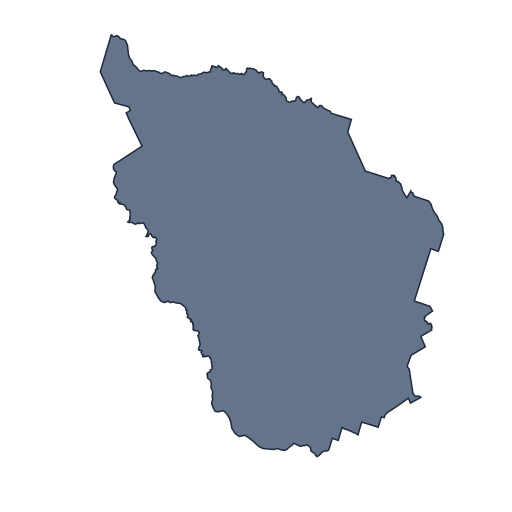 Etheridge, Queensland, Australia, rotated 12°
{"feature_id": "25037944B75577230273205", "entity_name": "Etheridge", "entity_type": "district", "adm_level": 2, "iso_a3": "AUS", "parent_name": "Australia", "parent_adm1": "Queensland", "projection": "natural_earth1", "projection_center": [143.382, -18.563], "detail": "fine", "context": "isolated", "style": "filled", "palette": "slate", "viewbox_px": 512, "rotation_deg": 12, "n_neighbors": 0, "source": "geoboundaries", "source_scale": "gbopen_adm2", "svg_char_len": 5975}
<svg xmlns="http://www.w3.org/2000/svg" viewBox="0 0 512 512"><g transform="rotate(12 256 256)"><path d="M68.4,70.1L65.4,108.2L85.8,135.7L100.6,136.5L102.9,139.6L99.3,143.1L103.8,149.3L121.7,172.2L99.2,194.8L98.1,196.0L97.9,196.8L97.9,198.3L98.5,200.5L99.8,201.9L101.8,202.8L102.1,203.3L101.2,209.1L101.2,213.5L102.6,215.6L106.7,219.6L106.9,220.6L106.3,222.1L106.5,224.3L106.1,225.7L105.5,226.6L105.4,228.4L106.2,229.2L108.3,230.0L109.4,231.0L109.7,232.1L111.2,233.1L111.3,232.3L111.9,232.3L112.0,233.3L115.8,233.2L118.4,235.0L119.4,236.8L120.2,237.5L120.8,237.6L122.1,237.2L123.1,237.8L124.5,242.0L124.4,244.3L125.1,244.9L124.7,245.7L124.7,246.4L125.2,247.4L123.7,248.7L123.5,249.4L125.0,249.7L127.1,248.9L130.9,250.0L131.5,249.9L134.3,248.1L134.9,248.7L137.5,247.4L139.7,247.5L141.8,250.2L142.1,251.1L144.6,252.8L145.4,253.8L144.9,258.3L144.3,259.6L145.4,259.8L146.4,259.3L146.9,257.3L147.7,256.4L148.4,256.3L149.2,256.8L149.7,257.9L151.8,259.4L152.4,259.2L152.7,258.5L153.6,258.7L155.2,260.0L155.5,261.0L155.1,262.9L156.1,265.0L156.0,265.6L155.5,266.9L154.9,267.0L154.7,267.7L152.6,268.5L152.4,269.2L152.6,270.6L154.0,272.1L153.0,273.6L153.0,274.5L154.0,276.0L158.7,279.4L159.6,281.6L160.8,282.6L161.1,283.3L160.8,285.3L161.3,287.2L162.3,288.5L162.3,289.0L161.3,289.1L160.9,289.9L160.6,291.0L160.9,292.3L160.7,293.4L160.0,294.1L160.1,295.4L159.8,296.0L159.3,296.2L159.0,298.8L161.3,302.2L163.7,306.5L164.6,311.9L168.8,316.8L171.4,319.2L172.9,320.1L176.4,320.5L179.6,318.4L181.5,319.4L182.6,319.1L184.2,318.1L187.5,318.5L192.0,318.2L197.8,320.9L198.6,323.2L198.9,323.5L199.6,323.3L200.2,326.5L201.8,328.3L201.5,330.3L204.0,330.9L204.7,331.9L205.4,331.4L205.8,332.5L205.7,333.6L206.0,333.8L207.3,333.4L207.4,334.3L208.4,334.8L208.2,335.4L208.7,336.2L208.7,336.9L209.4,337.4L209.5,337.9L209.3,339.0L209.7,340.0L209.6,340.8L210.5,341.1L210.8,341.8L211.4,341.4L213.5,341.5L214.0,341.2L215.7,342.0L216.5,343.7L216.4,344.4L215.7,346.0L217.2,348.2L217.8,350.1L219.1,352.4L219.8,354.7L219.2,356.9L219.2,359.4L219.8,360.0L222.8,359.9L222.4,361.8L223.9,363.6L225.1,363.9L224.7,365.3L224.9,365.6L227.4,365.0L228.6,364.3L231.1,363.9L231.7,364.3L232.1,365.5L233.2,366.0L234.1,367.6L234.4,369.2L235.7,371.8L235.6,373.1L236.4,374.0L236.7,375.4L236.1,376.4L235.1,376.7L235.2,378.9L233.5,379.8L233.0,380.4L232.6,382.1L233.2,382.5L233.8,384.9L234.4,385.8L236.9,386.7L238.5,389.1L239.1,391.6L239.2,394.1L241.6,397.2L242.2,399.6L242.2,402.6L243.5,404.8L243.1,407.8L243.4,409.8L246.2,414.1L248.1,416.2L249.0,416.5L251.7,416.2L255.8,414.1L257.9,414.9L260.2,416.5L263.9,420.3L266.1,424.3L268.1,429.4L272.1,433.6L276.6,435.9L277.4,435.9L282.2,433.8L285.0,434.6L291.1,437.4L298.3,441.7L302.3,442.8L313.0,441.7L317.5,439.8L320.6,440.4L324.6,440.1L326.2,439.0L328.3,436.0L330.6,433.5L332.0,431.3L337.1,432.6L339.3,432.9L340.6,432.2L341.3,431.5L342.3,431.5L344.5,430.4L347.1,430.8L349.4,432.3L349.7,434.4L350.5,435.4L354.4,437.0L355.3,438.1L357.3,439.6L359.2,437.9L361.6,433.9L364.2,432.2L365.8,432.0L367.5,430.6L368.6,418.5L374.8,419.3L375.8,405.8L378.4,406.8L381.1,406.9L390.4,408.8L392.9,409.8L393.9,396.5L411.1,398.1L412.1,387.3L415.0,387.6L415.2,385.3L415.8,383.6L417.3,381.6L425.2,373.6L434.6,363.4L437.7,367.8L446.6,360.0L445.5,359.5L443.6,359.2L441.0,360.2L438.1,357.7L429.4,334.9L427.1,332.9L426.9,331.3L428.3,320.9L440.5,309.6L433.9,300.4L443.2,291.9L443.1,291.0L442.7,290.6L443.0,289.8L442.9,288.9L442.1,288.5L442.4,287.5L440.8,285.6L440.0,285.7L438.7,286.9L436.9,284.8L435.8,284.8L435.5,284.2L434.8,284.2L433.9,283.6L433.7,282.0L434.2,281.1L433.4,280.3L440.1,273.1L436.7,269.1L420.2,267.1L425.5,212.6L433.4,213.5L435.1,195.7L434.3,194.3L432.5,188.6L430.7,185.8L427.0,182.4L425.3,179.7L421.0,175.8L418.6,172.8L416.5,169.0L414.4,167.0L413.3,166.3L398.5,164.7L398.0,163.8L397.5,163.7L396.9,163.1L396.1,161.5L394.8,161.7L393.9,160.2L391.5,167.7L389.1,165.5L385.6,161.5L384.2,158.3L382.6,155.5L379.3,153.7L378.6,153.9L378.0,153.4L377.6,153.5L376.3,150.1L375.6,149.8L374.7,148.6L374.1,148.6L374.1,149.2L372.9,148.6L371.8,148.9L372.0,150.7L371.6,151.3L370.5,151.7L370.0,152.6L345.3,150.2L320.0,115.7L320.9,102.6L299.8,100.8L298.9,99.4L297.8,98.8L296.0,98.7L293.9,97.9L292.8,97.8L291.0,96.9L289.0,95.3L287.2,95.4L286.1,96.7L285.9,97.8L284.7,98.0L283.1,96.4L282.4,96.7L281.6,96.3L280.4,95.0L278.6,94.3L277.8,93.4L277.6,90.8L277.0,90.3L275.8,92.1L273.2,92.9L272.9,94.3L271.6,95.4L271.6,95.9L269.6,95.5L268.8,94.8L267.9,94.5L266.6,93.1L266.2,93.2L265.9,92.2L265.4,91.7L263.8,91.2L262.6,92.4L262.4,95.4L261.4,96.7L260.0,96.6L258.2,97.5L257.5,98.6L254.1,98.2L253.0,96.7L252.5,94.7L251.4,94.3L250.3,92.8L247.8,92.4L247.3,91.4L247.7,90.9L247.2,90.3L244.4,90.6L243.8,88.7L241.9,87.0L241.7,86.4L240.9,85.8L239.4,85.6L239.0,86.0L237.8,84.5L236.9,84.4L235.7,83.3L235.1,81.6L234.3,81.5L233.1,80.0L231.4,80.0L229.5,81.1L227.3,80.5L225.5,78.4L225.3,75.3L224.5,74.9L222.7,74.8L222.1,75.6L221.4,75.7L220.9,76.3L219.6,76.0L217.9,74.4L214.5,73.4L213.4,73.8L210.6,73.5L209.6,74.3L208.4,74.0L208.0,74.9L208.2,77.6L207.4,78.8L207.1,80.4L206.2,81.0L204.6,81.2L204.3,80.4L203.2,80.7L202.2,81.7L200.9,81.7L200.3,81.3L198.1,81.8L195.6,81.5L195.3,82.4L193.0,82.4L187.7,78.8L187.3,79.0L187.1,80.1L186.7,80.5L185.0,80.9L184.0,79.6L179.7,77.6L179.1,79.0L177.9,79.9L177.3,79.4L174.8,79.3L174.4,79.6L174.0,79.0L173.4,79.2L172.7,85.7L171.4,85.9L169.9,86.9L168.3,86.9L168.1,87.2L167.1,87.0L165.6,87.8L164.8,89.1L162.1,90.1L160.8,91.5L159.1,92.1L157.5,92.0L156.0,92.9L155.0,92.5L154.0,93.6L152.8,94.2L150.6,93.9L149.7,95.0L147.4,95.6L146.3,96.8L144.0,97.2L141.9,96.5L139.1,96.7L137.5,96.4L136.1,97.0L133.6,95.7L129.2,94.8L128.1,95.1L127.5,96.0L124.8,97.4L122.5,96.3L120.8,96.4L120.1,96.1L116.9,96.0L115.7,96.9L113.8,96.6L110.9,97.5L107.3,97.8L105.4,99.3L104.6,99.4L102.0,98.4L101.2,97.3L98.1,95.2L96.3,94.5L93.5,90.6L92.5,89.6L91.3,89.0L89.2,84.9L86.4,76.4L83.6,72.5L82.2,71.7L80.2,71.5L77.9,71.8L77.6,71.1L76.7,70.4L74.5,69.2L71.3,71.1L70.0,70.9L68.8,69.7L68.4,70.1Z" fill="#64748b" stroke="#1e293b" stroke-width="1.5"/></g></svg>